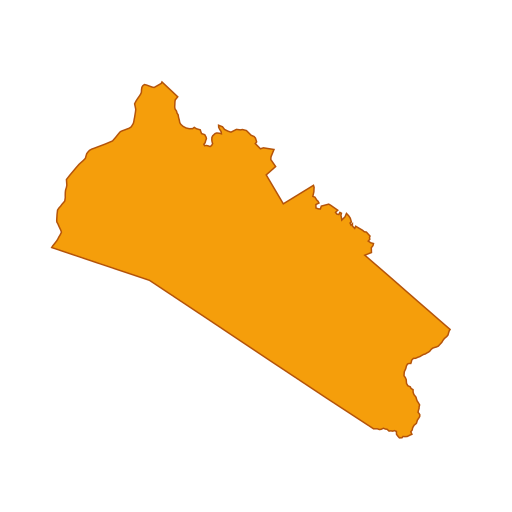 Porto Acre, Acre, Brazil, rotated 189°
{"feature_id": "56859067B95321771565302", "entity_name": "Porto Acre", "entity_type": "district", "adm_level": 2, "iso_a3": "BRA", "parent_name": "Brazil", "parent_adm1": "Acre", "projection": "mercator", "projection_center": [-67.713, -9.636], "detail": "fine", "context": "isolated", "style": "filled", "palette": "amber", "viewbox_px": 512, "rotation_deg": 189, "n_neighbors": 0, "source": "geoboundaries", "source_scale": "gbopen_adm2", "svg_char_len": 3714}
<svg xmlns="http://www.w3.org/2000/svg" viewBox="0 0 512 512"><g transform="rotate(189 256 256)"><path d="M209.2,323.8L208.9,328.5L209.4,333.0L210.3,334.8L237.2,311.8L258.6,337.7L250.6,347.4L256.5,353.6L256.7,356.3L254.9,364.0L265.6,364.0L268.4,362.6L274.3,366.9L273.2,368.8L275.0,372.4L276.6,373.7L279.7,374.5L285.1,378.4L289.2,378.8L291.2,378.1L295.1,378.0L300.1,374.4L303.1,374.9L306.9,376.1L309.3,378.4L313.4,379.3L313.0,377.3L311.7,375.4L309.9,373.4L309.3,371.3L311.4,371.5L313.9,371.4L315.5,370.6L317.6,367.9L318.1,366.2L317.8,363.7L317.3,362.1L316.4,360.1L317.2,358.1L318.5,356.9L320.6,357.3L322.5,357.4L324.0,356.9L325.0,358.2L324.0,359.8L323.7,362.4L323.3,364.1L323.9,365.6L325.6,367.8L328.9,368.4L329.9,370.1L330.8,371.9L333.4,372.2L335.1,372.5L337.1,373.4L338.5,371.9L341.7,371.3L345.1,371.5L348.5,372.7L350.9,374.3L352.2,375.9L353.0,378.2L354.2,380.9L355.0,383.3L356.3,384.7L357.2,386.7L359.0,388.6L359.6,390.4L359.9,393.1L360.2,395.7L360.2,397.5L358.2,401.0L376.1,413.2L376.6,411.6L383.0,406.5L385.0,406.6L387.1,407.0L389.2,407.4L390.7,407.7L393.0,407.9L394.4,406.5L395.1,404.8L395.1,402.4L394.8,399.7L395.3,397.8L396.2,395.7L397.4,393.3L398.7,390.4L399.7,387.3L398.7,384.7L397.7,382.0L397.6,379.4L397.6,377.2L397.6,375.6L397.6,374.0L397.7,371.7L397.7,369.8L397.9,367.8L398.5,366.3L399.4,364.1L401.2,362.4L403.0,361.4L404.7,360.4L406.1,359.6L407.6,358.8L409.4,357.6L410.5,355.9L411.5,354.2L412.3,352.8L413.2,351.2L414.4,349.3L415.7,347.2L422.4,343.0L432.9,337.0L434.8,336.0L437.0,334.3L438.3,332.3L439.2,330.6L439.5,328.5L439.8,325.8L441.6,323.2L443.5,320.9L445.1,318.9L447.8,314.6L449.4,311.9L452.2,307.3L455.2,301.9L453.9,296.3L454.0,293.9L454.4,291.3L454.3,289.0L453.9,286.0L453.5,283.7L453.5,280.3L454.8,278.2L455.8,276.6L456.8,274.6L458.1,272.7L459.2,270.3L459.1,268.2L459.0,265.9L458.8,263.9L458.6,261.8L458.4,259.9L458.0,258.4L456.8,256.9L455.8,255.3L454.6,253.5L453.7,252.2L452.7,250.7L451.9,249.1L452.3,247.6L452.9,245.8L453.7,243.9L454.4,241.7L455.2,239.8L457.3,236.0L458.4,234.1L459.1,232.4L410.7,224.2L357.4,215.3L286.2,182.7L225.4,154.7L203.5,144.7L190.8,138.9L168.3,128.6L163.9,126.6L112.8,103.7L111.1,104.0L109.1,104.3L106.9,103.9L105.3,104.4L103.2,105.8L101.1,105.3L99.5,105.4L97.2,103.9L95.5,104.4L93.5,104.4L92.0,105.2L89.9,104.7L89.3,101.8L87.4,100.0L85.9,98.8L83.4,99.3L82.6,100.7L80.5,100.9L78.4,101.4L76.0,103.1L74.1,104.3L75.6,106.6L74.5,108.6L74.4,110.8L73.4,113.5L71.4,115.8L70.9,119.2L69.9,121.3L69.2,123.1L69.4,124.9L70.4,126.0L71.5,127.0L71.4,129.1L71.1,130.9L71.3,132.5L71.1,134.5L73.0,136.8L74.1,138.0L74.9,139.4L75.9,141.6L78.4,143.9L79.5,146.0L80.0,148.6L82.1,149.4L83.1,150.9L85.7,151.6L87.4,153.7L88.3,157.4L89.5,159.3L91.1,160.9L91.3,163.0L91.4,165.0L90.5,168.0L90.2,171.1L89.4,173.1L88.0,173.8L86.3,174.1L86.0,175.8L86.0,177.4L84.5,179.5L82.4,179.9L80.3,181.3L78.4,182.3L76.9,183.6L75.1,185.0L73.5,185.7L72.0,187.0L70.8,187.9L69.6,189.0L68.5,191.0L67.1,192.6L65.1,193.7L63.7,194.3L61.8,195.5L60.3,197.8L59.0,199.7L58.2,201.8L57.0,204.0L55.0,206.3L54.0,208.0L53.8,209.9L53.5,212.1L52.8,213.8L89.9,237.0L94.0,239.6L101.5,244.3L104.2,246.0L114.5,252.5L119.9,255.9L148.7,273.8L142.5,277.5L143.4,282.2L142.1,284.5L141.9,286.7L144.7,287.0L147.5,288.3L146.2,290.3L146.8,292.0L146.5,293.5L150.7,296.9L152.9,296.9L154.8,298.1L162.2,301.0L162.8,298.7L165.4,300.6L165.8,302.9L167.0,301.4L168.3,303.3L167.1,304.5L168.8,308.1L170.8,310.3L173.3,312.2L174.2,308.6L176.9,304.9L177.6,307.2L178.5,309.5L178.3,311.6L179.9,312.2L180.7,309.9L182.7,310.0L184.3,311.6L182.4,314.0L190.2,317.8L192.3,318.6L199.3,315.5L199.8,312.5L201.8,312.3L204.3,312.8L204.9,316.2L202.1,318.2L203.3,319.8L204.6,320.6L207.0,323.3L209.2,323.8Z" fill="#f59e0b" stroke="#b45309" stroke-width="1.5"/></g></svg>